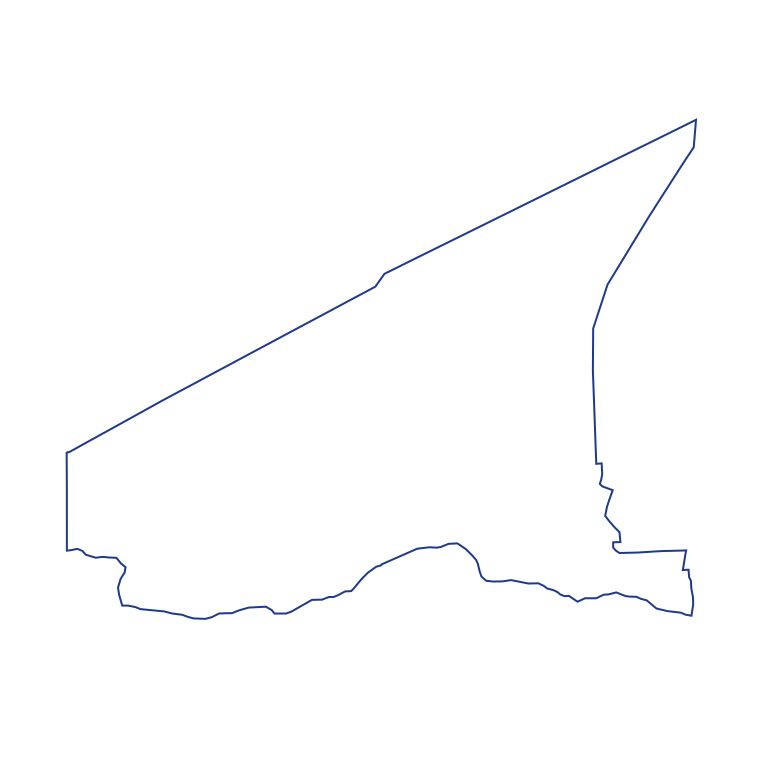 Um Durman, Khartoum, Sudan (Mercator projection), rotated 87°
{"feature_id": "16777658B47170165092486", "entity_name": "Um Durman", "entity_type": "district", "adm_level": 2, "iso_a3": "SDN", "parent_name": "Sudan", "parent_adm1": "Khartoum", "projection": "mercator", "projection_center": [32.429, 15.44], "detail": "fine", "context": "isolated", "style": "outline", "palette": "blue", "viewbox_px": 768, "rotation_deg": 87, "n_neighbors": 0, "source": "geoboundaries", "source_scale": "gbopen_adm2", "svg_char_len": 2090}
<svg xmlns="http://www.w3.org/2000/svg" viewBox="0 0 768 768"><g transform="rotate(87 384 384)"><path d="M591.6,657.0L591.6,656.9L591.9,651.2L593.8,643.8L596.1,638.9L599.6,615.3L602.0,608.0L603.9,597.6L606.3,592.0L608.1,586.6L609.2,574.7L607.8,568.1L604.6,560.8L604.6,553.6L604.9,547.8L602.5,540.8L600.2,530.8L600.2,513.6L604.0,507.8L607.5,505.4L608.1,493.9L606.6,488.7L601.4,478.4L595.8,467.2L596.1,457.2L593.8,450.0L594.1,445.7L592.6,441.2L589.1,433.7L589.1,427.6L586.5,424.8L578.0,417.0L571.6,410.0L566.0,401.2L565.1,396.7L564.0,395.8L550.2,359.4L549.4,347.0L550.2,340.0L549.7,335.7L547.0,327.9L547.0,319.1L552.9,311.2L559.9,304.8L564.6,301.2L568.4,299.7L576.5,298.2L581.5,296.7L585.9,292.1L587.0,285.1L587.3,276.0L586.5,267.3L587.5,263.3L588.5,259.4L590.8,250.3L591.1,240.3L594.1,234.8L596.7,231.8L598.7,225.7L600.8,221.8L603.6,218.7L605.3,214.8L605.3,210.3L607.9,207.0L611.5,202.1L610.0,198.2L608.5,194.5L609.1,183.3L605.9,175.7L605.9,171.2L604.3,162.9L606.5,158.2L608.4,153.9L609.2,149.6L609.7,143.1L612.1,138.4L613.7,133.1L622.5,123.6L625.6,112.9L627.9,99.6L630.2,94.7L631.5,89.1L620.4,86.8L613.1,86.6L604.4,87.8L596.6,87.8L592.8,89.4L585.4,89.6L585.4,95.3L572.0,92.4L566.0,91.0L565.9,96.4L565.7,104.4L565.4,113.9L565.4,121.5L565.6,138.9L565.1,157.7L562.5,161.2L559.4,163.7L554.1,163.4L554.2,156.2L544.3,156.6L539.0,161.4L532.7,166.3L527.3,170.0L518.5,167.8L512.5,165.5L502.0,161.2L500.4,164.9L497.7,171.3L495.1,173.7L490.5,172.0L485.4,170.8L480.5,170.8L474.7,170.8L474.8,176.2L381.5,174.7L339.5,172.2L335.9,170.8L296.5,155.6L231.2,111.0L205.5,92.6L178.5,73.2L163.8,62.3L140.3,59.1L136.5,58.6L151.2,92.7L170.9,138.6L205.1,217.9L225.6,265.5L226.3,267.1L257.7,340.1L274.0,377.8L286.3,387.5L320.0,459.4L342.8,508.0L387.7,603.6L389.4,607.2L401.5,632.0L405.6,640.4L422.2,674.6L427.1,684.7L435.8,702.5L435.5,703.3L436.1,704.5L473.9,706.3L533.8,709.4L533.6,705.6L532.6,698.9L534.8,694.1L539.0,690.5L542.4,680.9L541.9,674.2L542.9,667.4L543.6,660.3L549.5,656.0L553.4,651.7L558.8,652.9L564.7,657.2L573.4,660.3L580.9,659.5L591.6,657.0Z" fill="none" stroke="#1e3a8a" stroke-width="2"/></g></svg>